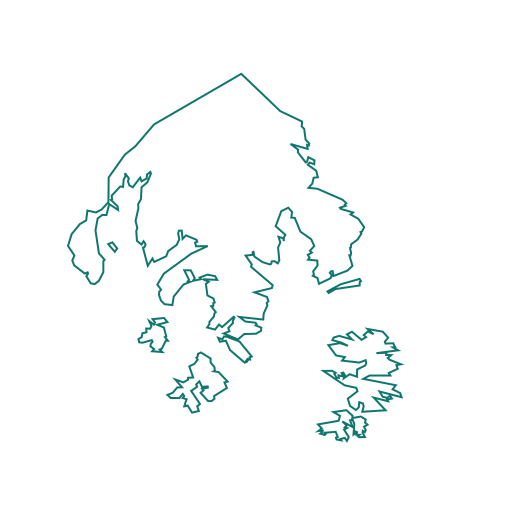 outline of Måsøy nor, Finnmark, Norway, rotated 198°
{"feature_id": "86288312B81169350398117", "entity_name": "Måsøy nor", "entity_type": "district", "adm_level": 2, "iso_a3": "NOR", "parent_name": "Norway", "parent_adm1": "Finnmark", "projection": "albers", "projection_center": [24.684, 70.867], "detail": "fine", "context": "isolated", "style": "outline", "palette": "teal", "viewbox_px": 512, "rotation_deg": 198, "n_neighbors": 0, "source": "geoboundaries", "source_scale": "gbopen_adm2", "svg_char_len": 6131}
<svg xmlns="http://www.w3.org/2000/svg" viewBox="0 0 512 512"><g transform="rotate(198 256 256)"><path d="M437.9,207.5L428.9,200.4L429.3,194.9L426.0,190.9L413.4,186.4L411.1,188.4L410.3,187.4L411.1,184.3L404.7,178.9L400.7,179.5L397.8,183.8L396.2,193.4L399.6,204.0L398.8,205.6L406.2,210.0L416.6,230.8L418.2,242.8L414.8,247.6L410.9,248.7L411.6,260.0L401.4,257.2L403.1,260.6L411.3,264.5L410.4,265.5L411.9,268.8L406.6,280.2L403.8,280.6L405.5,287.9L404.8,291.6L406.2,294.3L400.9,290.5L400.9,287.5L398.2,284.0L394.4,283.3L390.4,294.8L387.9,291.7L384.0,295.8L384.8,300.0L382.5,303.3L381.4,302.0L382.1,292.5L386.1,286.0L383.0,274.6L384.1,268.9L382.6,265.0L381.4,252.2L377.5,245.9L377.6,242.8L373.9,233.6L368.4,231.5L367.5,235.3L365.3,233.7L364.5,232.4L364.9,229.8L366.1,229.1L355.9,213.2L353.7,221.6L351.0,218.9L341.3,228.0L341.0,233.6L334.9,242.0L334.1,248.0L337.1,253.7L337.1,256.3L334.5,257.2L331.1,249.6L328.9,254.0L317.5,253.0L316.3,251.5L318.1,249.9L316.0,246.7L305.0,250.5L318.3,238.2L338.2,210.7L341.0,198.3L335.9,194.7L337.0,191.9L336.1,188.8L332.7,184.3L328.1,181.9L320.4,183.5L321.7,192.0L316.2,206.4L310.5,211.1L313.0,210.9L312.3,212.6L319.8,220.3L313.6,222.2L307.4,216.0L308.2,213.0L301.1,217.0L302.9,218.1L296.3,223.3L288.6,224.2L285.5,221.3L299.4,217.5L293.0,216.9L295.0,213.9L290.0,203.5L283.3,202.4L280.9,199.0L282.0,198.1L281.2,195.3L283.1,194.4L276.9,190.2L277.8,188.5L277.3,185.5L280.0,178.9L279.2,176.8L280.4,172.9L272.2,173.4L270.0,179.4L266.3,177.9L258.4,191.3L257.5,190.9L258.0,186.8L257.2,185.2L260.1,178.9L258.0,176.2L262.8,172.3L247.4,171.1L243.0,178.2L231.9,182.1L228.1,186.4L228.8,189.5L234.9,189.9L234.3,191.3L235.8,192.4L246.0,190.4L253.0,192.9L229.5,197.8L230.9,203.6L229.9,212.6L231.3,214.6L230.2,216.9L232.9,220.4L246.2,221.0L231.0,230.4L231.1,233.4L257.4,244.2L257.4,246.7L266.0,253.2L259.4,256.1L260.4,258.5L259.7,259.2L257.4,255.0L248.0,252.2L240.1,252.3L239.1,253.3L239.4,255.7L236.9,256.8L233.0,255.7L232.5,259.1L237.6,270.8L237.1,276.4L240.5,281.2L235.5,281.3L234.2,278.8L235.2,282.2L234.6,285.2L246.5,290.4L245.8,306.5L240.2,311.9L235.3,309.0L234.3,303.4L230.9,304.2L221.3,292.9L208.7,289.0L203.7,283.5L206.3,277.6L203.9,276.5L207.1,273.1L204.6,271.1L205.4,268.6L196.3,270.6L194.5,265.9L196.9,259.1L195.1,256.0L195.8,254.7L190.7,254.1L187.5,249.0L178.2,257.9L178.0,261.2L180.6,262.8L179.9,264.6L178.5,265.3L176.1,260.9L164.6,270.3L161.2,276.4L167.4,285.5L166.2,285.7L166.4,288.1L169.1,292.7L168.4,293.4L169.1,296.6L164.5,303.0L162.7,309.8L164.0,311.1L162.7,312.1L162.0,316.8L170.2,323.0L178.9,324.7L177.1,327.4L190.1,327.0L191.1,327.9L186.2,331.5L187.4,332.1L186.4,334.1L191.2,336.3L218.3,338.9L227.1,337.1L224.8,342.3L225.4,348.2L221.5,350.0L225.1,355.7L234.9,358.8L233.9,361.4L229.0,361.3L229.9,365.0L236.8,366.2L236.6,361.2L237.6,360.3L248.2,367.5L248.9,370.2L257.8,373.2L240.0,373.8L241.7,377.4L239.9,377.4L240.1,379.3L244.8,382.0L249.4,391.7L252.6,393.4L253.7,398.1L277.8,401.3L326.3,424.7L393.6,349.7L404.7,322.9L412.0,312.0L420.4,285.2L413.0,261.6L417.2,252.5L421.6,248.0L430.4,247.1L428.5,237.4L433.4,231.9L438.1,219.8L437.9,207.5ZM120.3,142.5L113.4,140.4L111.5,143.7L112.6,148.9L108.7,148.8L107.1,146.2L106.8,140.7L85.1,149.3L100.3,157.7L85.5,158.7L86.9,160.0L82.7,162.4L85.4,164.5L87.3,161.6L92.0,161.3L96.7,165.3L73.9,166.7L76.6,170.2L84.9,171.4L83.1,176.3L116.0,172.3L110.9,177.5L91.3,183.8L93.6,185.8L86.3,192.5L88.8,195.6L84.7,197.8L96.8,198.6L99.2,199.7L96.8,203.5L101.7,202.1L101.9,204.4L111.5,200.8L91.7,210.2L97.6,211.4L95.5,212.3L98.5,215.4L105.8,212.7L107.0,214.3L105.1,219.2L112.1,223.2L127.2,221.1L120.0,217.9L126.3,218.9L129.1,214.1L126.2,212.8L129.7,208.9L141.3,213.6L145.3,209.6L138.9,206.3L152.3,205.7L156.8,202.5L157.4,199.6L148.4,200.0L140.8,199.0L149.1,199.1L159.6,193.6L149.2,186.2L140.3,187.3L141.8,183.1L124.8,186.6L119.5,190.8L118.0,188.3L118.3,185.6L124.8,179.3L122.6,172.4L130.4,172.5L134.6,166.9L134.6,170.2L137.0,172.1L138.4,171.1L135.7,168.4L140.7,168.0L139.5,165.7L141.8,165.1L145.1,168.2L144.1,169.5L148.2,170.3L156.4,167.5L131.8,160.4L119.9,161.6L117.7,158.7L124.6,148.7L120.3,142.5ZM274.7,92.6L268.4,87.3L262.5,90.9L265.5,94.9L263.5,97.9L276.0,107.7L271.6,113.4L273.2,115.3L271.1,119.3L267.0,114.9L261.6,117.0L261.1,115.9L266.2,113.1L264.4,112.0L266.4,108.7L256.7,103.2L253.4,104.3L251.4,107.4L252.6,109.8L242.9,121.5L246.9,126.0L244.2,127.8L255.8,134.1L260.5,133.3L259.7,134.2L261.2,137.5L266.3,140.7L267.5,144.5L278.6,147.2L281.0,144.9L280.4,142.1L281.3,140.9L279.5,139.4L281.2,134.5L285.3,130.4L278.2,121.0L283.0,119.2L282.5,117.3L286.0,113.4L294.6,113.6L285.8,108.3L290.3,106.6L292.9,100.2L297.3,96.5L293.3,94.6L285.0,97.2L283.0,102.2L281.0,100.7L281.9,98.3L277.7,98.3L277.9,93.1L276.4,91.8L278.7,90.2L274.7,92.6ZM138.8,108.6L140.0,106.9L135.3,107.0L134.3,109.4L137.1,108.7L125.9,113.4L122.3,109.2L123.8,108.0L122.7,106.4L117.9,107.0L119.1,108.1L115.4,110.4L112.4,108.2L111.8,112.5L118.6,118.1L116.3,120.5L118.6,120.4L117.4,122.9L122.8,125.3L111.3,123.2L115.8,128.8L113.4,130.0L110.6,126.7L108.1,116.3L106.2,118.7L107.0,119.8L105.4,119.7L105.3,117.1L102.3,117.9L103.5,116.1L102.0,115.5L96.5,117.5L100.0,120.9L100.3,122.7L98.1,122.1L97.8,124.3L100.5,127.0L97.8,130.0L100.9,131.3L101.1,134.4L106.7,135.7L114.4,131.6L114.8,133.9L122.4,137.3L134.1,131.5L126.7,129.9L126.5,124.8L145.0,115.0L140.2,112.3L142.6,108.8L137.9,111.1L139.6,109.1L138.8,108.6ZM325.3,133.3L315.4,135.7L318.7,137.3L316.9,138.8L315.6,147.6L313.6,148.2L317.6,150.8L316.6,151.9L321.5,159.5L328.7,160.1L319.8,165.8L324.3,168.6L334.8,164.0L331.5,161.6L331.9,159.2L337.4,161.1L333.8,157.1L334.2,154.2L338.0,153.1L336.6,149.6L340.2,147.4L339.6,143.5L342.1,140.7L340.4,137.8L337.1,138.5L329.1,143.8L327.8,142.4L328.9,140.2L328.5,137.4L324.1,136.0L325.3,133.3ZM251.6,158.5L233.8,151.1L232.2,152.2L231.5,154.2L232.8,153.8L232.1,155.7L229.7,155.7L230.8,157.8L229.0,159.1L245.4,169.6L258.6,170.2L261.6,169.6L262.2,166.4L266.7,166.5L263.9,163.3L258.5,166.1L251.6,158.5ZM150.4,266.2L166.7,255.3L177.1,244.4L175.5,243.3L170.1,249.2L148.3,260.0L149.3,263.3L148.4,264.5L150.4,266.2ZM400.2,221.6L391.6,216.4L390.3,220.2L396.8,224.6L400.2,221.6Z" fill="none" stroke="#0f766e" stroke-width="2"/></g></svg>